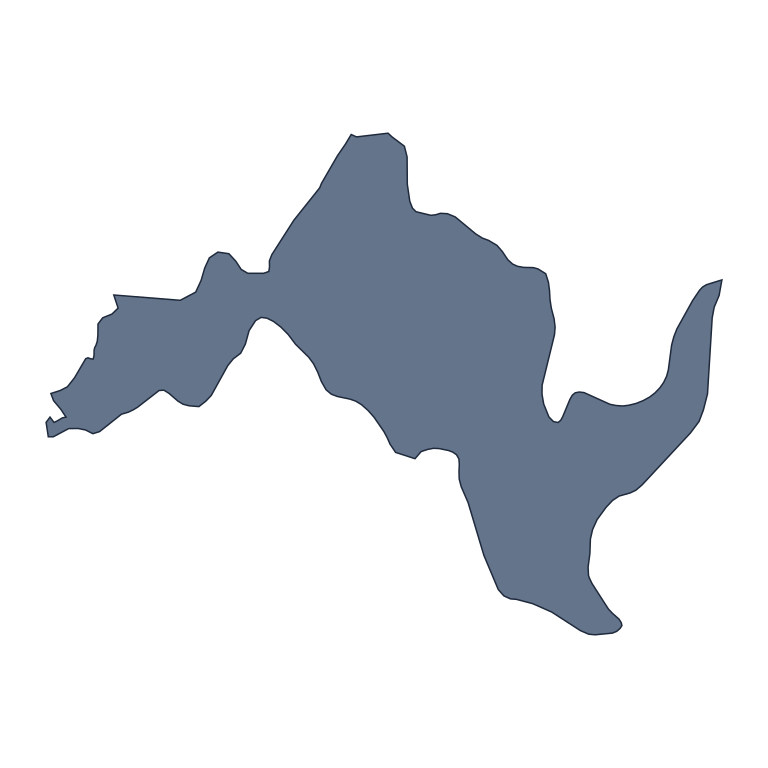 outline of Leribe
{"feature_id": "LSO-1212", "entity_name": "Leribe", "entity_type": "District", "adm_level": 1, "iso_a3": "LSO", "parent_name": "Lesotho", "parent_adm1": "", "projection": "equal_earth", "projection_center": [28.234, -29.023], "detail": "fine", "context": "isolated", "style": "filled", "palette": "slate", "viewbox_px": 768, "rotation_deg": 0, "n_neighbors": 0, "source": "natural_earth", "source_scale": "10m", "svg_char_len": 2694}
<svg xmlns="http://www.w3.org/2000/svg" viewBox="0 0 768 768"><path d="M356.5,136.9L388.0,133.2L392.4,137.2L404.4,146.2L407.1,157.0L407.3,184.2L409.8,201.3L412.5,208.2L416.0,211.7L430.8,215.3L435.5,214.8L440.5,213.3L447.4,213.7L455.2,216.9L475.7,233.9L482.4,238.1L488.6,240.4L497.0,245.4L502.3,251.5L507.8,259.7L512.5,264.0L517.5,266.3L523.7,267.4L533.3,267.6L538.0,268.9L545.7,273.7L548.4,282.1L549.5,290.3L550.0,299.4L551.3,308.1L554.1,318.8L555.1,327.2L554.5,334.7L542.1,385.3L542.0,394.2L543.7,404.0L548.9,416.9L553.5,421.6L558.1,422.5L560.8,420.2L562.6,416.9L569.9,399.4L572.3,395.2L575.2,392.8L579.3,392.0L584.1,392.6L610.0,404.3L616.1,405.5L622.7,406.0L629.0,405.2L636.2,403.4L643.2,400.6L649.7,397.0L655.0,392.9L659.9,387.8L663.6,382.5L666.6,376.3L668.3,370.1L671.6,345.2L673.8,336.8L676.9,328.9L692.7,300.4L699.6,290.2L702.5,287.1L706.4,284.7L721.9,279.9L719.1,295.5L714.2,307.2L712.2,317.8L707.5,393.9L703.4,410.0L699.1,421.4L690.4,433.0L642.1,484.9L635.9,490.2L630.3,492.9L619.0,496.1L612.5,500.5L606.0,507.4L597.1,519.6L592.6,529.5L590.4,539.1L589.9,553.5L588.1,567.1L588.5,575.5L589.5,578.3L592.0,583.5L608.4,609.0L612.4,613.3L619.0,619.1L621.3,622.8L621.9,625.6L620.1,628.4L616.8,631.3L612.5,633.1L595.1,634.8L588.7,634.2L580.4,630.6L551.6,612.0L532.5,603.6L516.2,599.3L510.5,598.9L503.9,595.9L498.3,589.6L483.9,555.4L468.1,502.6L461.2,486.7L459.2,479.0L459.0,471.3L459.3,464.3L458.9,458.9L456.5,454.7L452.7,452.1L448.5,450.5L439.3,448.6L433.6,448.3L427.7,449.4L421.1,451.6L415.0,458.7L395.6,452.4L390.0,444.1L387.3,437.9L384.0,431.7L374.0,417.2L368.0,410.4L361.3,404.5L355.6,401.1L349.9,399.1L337.4,396.5L331.3,394.2L326.0,389.7L321.3,381.4L317.7,372.1L313.6,363.9L308.7,357.2L295.5,344.2L288.2,334.5L280.9,327.1L273.6,321.5L267.0,318.2L261.1,317.4L255.6,320.6L249.1,330.6L245.4,344.0L240.7,353.2L233.2,358.9L227.8,365.6L211.3,395.4L205.9,401.1L198.9,406.6L189.1,405.8L183.0,404.2L177.9,401.1L168.9,393.3L163.9,390.2L159.1,390.5L137.6,407.2L133.3,409.8L128.3,412.2L121.5,414.2L99.6,431.6L92.9,433.7L85.6,430.0L78.3,428.5L68.7,428.6L53.3,436.8L48.3,436.8L46.1,422.4L50.0,417.1L54.0,422.4L56.9,421.1L62.3,417.9L66.0,417.1L60.9,409.4L53.6,400.7L50.9,393.5L60.2,390.5L67.4,386.8L74.5,377.8L85.7,358.7L88.0,357.8L90.7,358.8L93.1,359.1L94.0,355.8L94.1,350.1L94.7,347.7L96.0,345.2L97.3,341.1L97.9,334.8L98.0,324.0L102.7,317.8L111.9,314.1L118.1,308.1L113.8,295.0L180.2,300.3L195.7,292.1L201.1,280.4L204.7,268.1L209.4,257.8L217.9,252.1L228.9,253.7L235.8,261.2L241.2,269.4L247.8,273.3L263.6,273.3L268.8,271.5L269.5,267.0L269.4,260.9L271.8,254.7L293.8,220.3L319.7,187.8L321.5,183.3L337.6,155.5L345.4,144.2L351.2,134.5L356.5,136.9Z" fill="#64748b" stroke="#1e293b" stroke-width="1.5"/></svg>